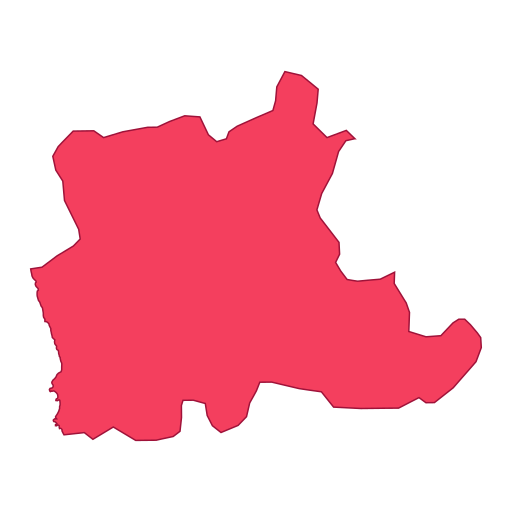 Akhuryan, Shirak, Armenia (Mercator projection)
{"feature_id": "60910142B23641849516282", "entity_name": "Akhuryan", "entity_type": "district", "adm_level": 2, "iso_a3": "ARM", "parent_name": "Armenia", "parent_adm1": "Shirak", "projection": "mercator", "projection_center": [43.836, 40.81], "detail": "fine", "context": "isolated", "style": "filled", "palette": "rose", "viewbox_px": 512, "rotation_deg": 0, "n_neighbors": 0, "source": "geoboundaries", "source_scale": "gbopen_adm2", "svg_char_len": 2975}
<svg xmlns="http://www.w3.org/2000/svg" viewBox="0 0 512 512"><path d="M354.9,138.7L346.3,130.4L327.0,137.6L313.1,123.9L317.0,103.0L318.2,89.2L301.5,75.5L284.9,71.6L276.8,86.9L275.6,100.8L272.9,110.5L256.4,117.6L237.2,126.2L229.0,131.8L226.4,138.8L216.7,141.7L208.4,134.8L199.9,116.9L184.7,115.8L169.6,121.5L157.2,127.2L147.6,127.3L122.8,131.8L103.6,137.6L93.8,130.8L73.2,131.1L61.8,142.8L58.2,146.6L52.8,156.3L55.8,170.1L59.8,176.4L62.8,181.1L63.8,192.6L64.5,200.5L78.7,229.3L80.2,239.0L73.4,246.0L57.0,255.9L42.0,267.2L30.7,268.9L31.1,271.5L31.7,274.0L32.0,275.9L32.9,277.9L34.3,279.5L35.8,280.8L36.2,282.0L35.4,283.0L35.3,284.6L36.0,286.3L37.1,287.5L38.1,288.5L38.3,290.3L37.3,291.1L37.1,292.8L37.1,294.8L37.2,296.0L37.9,298.5L38.3,299.8L38.5,300.5L39.7,302.0L40.1,303.1L40.6,304.6L41.2,306.2L42.4,307.7L42.9,310.5L43.3,313.0L43.3,313.3L43.3,315.5L43.6,317.2L44.7,319.0L44.9,319.1L44.9,321.5L46.4,321.7L47.6,322.4L48.9,323.8L49.3,325.6L50.0,327.0L50.8,328.6L50.8,330.2L51.0,331.3L51.3,332.6L51.4,333.0L51.4,333.4L51.8,334.8L52.1,336.0L52.3,337.4L53.4,338.6L54.8,339.8L54.5,341.8L54.8,343.8L55.7,345.0L56.6,346.1L56.4,348.2L56.9,349.5L58.3,350.4L58.6,352.2L58.7,353.7L59.2,355.1L59.4,356.5L60.2,357.4L60.2,358.5L60.8,361.1L61.0,361.6L61.7,363.1L61.8,364.4L61.7,366.9L61.7,369.7L61.1,371.7L60.6,372.0L58.5,373.1L57.0,374.6L55.9,377.1L54.6,378.7L52.9,380.2L51.8,382.2L52.0,383.5L52.9,384.8L53.3,386.0L52.9,387.1L52.0,388.0L50.1,388.4L49.4,389.5L49.7,390.9L50.3,391.6L51.2,391.0L51.7,391.3L53.7,390.9L54.8,391.4L56.3,392.7L56.5,392.9L57.6,394.5L57.9,396.9L57.7,398.1L57.1,398.5L56.1,399.2L55.9,400.5L57.4,400.7L59.0,399.8L59.8,400.3L60.1,402.8L60.1,404.9L59.6,406.6L59.6,408.5L58.7,411.3L57.1,414.4L56.2,415.6L55.5,416.9L55.8,417.8L56.6,418.8L55.8,418.9L54.7,418.8L53.4,419.9L53.3,420.5L53.7,421.5L55.1,421.8L56.0,422.5L57.0,423.7L56.9,423.9L55.5,424.6L55.5,425.7L56.7,425.8L57.6,425.0L58.6,425.2L59.2,425.7L59.2,427.2L59.5,428.5L60.0,428.2L61.0,428.5L62.0,429.5L62.0,430.9L62.8,432.6L62.9,432.8L64.0,434.8L77.9,433.3L84.3,432.6L92.9,439.3L113.3,427.0L135.7,440.4L156.2,440.2L161.0,439.1L173.2,436.5L180.0,431.3L181.5,417.5L181.4,405.5L183.0,400.3L193.3,400.2L205.3,403.5L207.2,415.5L212.4,425.7L221.0,432.5L238.1,425.4L246.5,416.7L249.7,402.9L253.4,396.3L256.4,390.8L259.8,382.2L271.7,382.1L286.0,385.5L299.2,388.6L308.6,390.0L321.4,391.8L333.6,407.1L349.1,407.9L360.9,408.5L386.6,408.2L398.6,408.1L410.4,402.0L419.0,397.6L425.9,402.7L434.4,402.6L446.2,393.3L453.2,387.8L459.2,380.9L469.2,369.5L476.0,361.7L481.3,347.6L480.7,337.6L477.4,333.0L470.4,324.7L464.7,319.2L458.8,319.2L453.0,322.9L445.8,330.5L440.9,335.7L426.0,336.8L408.8,331.5L409.5,312.4L406.2,302.9L404.0,299.4L394.2,283.5L394.6,272.2L380.2,279.2L367.2,280.3L357.6,281.2L352.3,280.4L347.1,279.5L340.7,271.0L335.6,262.4L339.6,254.2L339.0,242.4L323.0,221.6L320.2,218.0L316.9,209.9L321.7,193.5L332.4,173.5L338.6,151.5L345.9,140.7L354.8,138.7L354.9,138.7Z" fill="#f43f5e" stroke="#9f1239" stroke-width="1.5"/></svg>